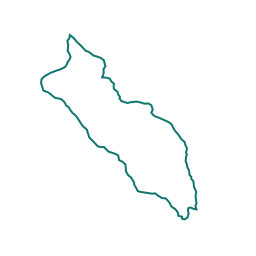 Oriente, São Paulo, Brazil (Equal Earth projection), rotated 299°
{"feature_id": "56859067B33537633003758", "entity_name": "Oriente", "entity_type": "district", "adm_level": 2, "iso_a3": "BRA", "parent_name": "Brazil", "parent_adm1": "São Paulo", "projection": "equal_earth", "projection_center": [-50.092, -22.144], "detail": "fine", "context": "isolated", "style": "outline", "palette": "teal", "viewbox_px": 256, "rotation_deg": 299, "n_neighbors": 0, "source": "geoboundaries", "source_scale": "gbopen_adm2", "svg_char_len": 2176}
<svg xmlns="http://www.w3.org/2000/svg" viewBox="0 0 256 256"><g transform="rotate(299 128 128)"><path d="M90.1,227.3L92.3,224.8L95.3,224.5L97.2,223.0L99.6,221.2L102.5,219.5L104.9,218.9L106.8,216.7L108.0,214.8L110.4,212.9L113.1,211.1L114.1,208.2L116.0,206.9L116.8,204.4L119.0,203.1L121.0,201.2L122.7,198.6L124.8,197.1L127.1,194.4L130.9,192.8L133.5,192.2L134.8,190.6L136.6,190.1L138.9,189.4L141.0,186.3L143.1,184.5L143.6,182.1L144.2,179.8L145.7,177.2L147.2,173.8L148.1,171.0L150.0,167.5L152.2,164.6L152.8,161.9L152.7,158.5L152.4,155.1L152.0,150.2L151.3,146.4L151.6,143.5L152.8,140.9L155.9,140.8L157.8,138.9L159.2,137.4L159.3,133.8L157.7,131.5L156.9,129.2L156.4,126.4L155.1,122.4L153.4,120.2L151.2,117.0L149.7,115.7L149.0,112.6L148.4,109.4L149.7,106.2L151.4,105.8L152.5,103.3L154.6,101.2L155.3,96.8L157.5,95.2L159.9,94.3L160.7,90.7L162.4,88.1L161.5,84.6L159.8,80.9L164.0,80.2L167.6,78.1L171.2,78.2L173.3,76.2L175.6,73.9L176.0,70.1L175.6,66.8L174.6,62.7L175.2,59.6L175.6,56.4L175.0,53.8L175.9,50.8L176.7,48.5L177.5,45.6L178.8,40.6L179.9,38.2L180.6,35.9L181.1,32.1L177.9,33.2L175.1,32.6L173.3,34.0L171.6,35.5L169.1,36.6L166.0,37.9L165.1,40.0L162.3,43.3L159.5,43.7L157.5,43.3L155.4,43.4L153.2,43.7L150.6,43.3L148.0,41.5L145.9,40.0L143.8,37.8L141.2,35.7L138.7,33.5L136.3,32.1L134.4,30.8L131.8,29.6L128.8,28.7L125.0,30.3L121.7,33.8L119.9,35.5L120.0,38.2L120.5,40.6L120.2,43.0L119.4,47.1L119.1,50.0L120.0,52.5L120.8,55.4L120.3,58.5L119.1,61.1L117.7,62.8L117.4,66.1L115.5,69.3L114.3,72.1L113.9,74.5L113.2,77.0L111.9,79.8L109.8,83.5L108.0,86.9L107.4,89.2L106.6,92.9L104.5,94.9L103.0,96.6L101.0,98.6L99.9,102.3L98.5,106.9L97.3,110.6L98.2,113.5L99.7,116.3L98.8,119.1L97.9,122.5L98.8,127.0L99.3,130.0L99.1,132.9L95.6,135.7L95.8,139.8L94.8,143.5L91.5,145.7L89.0,147.2L86.8,151.1L86.2,154.7L84.9,156.9L83.1,159.9L81.1,161.3L79.5,164.3L77.6,167.1L78.3,170.3L79.4,173.2L80.5,176.2L82.1,180.6L84.0,183.6L83.5,186.3L83.2,191.4L84.7,195.5L83.4,199.0L82.3,201.3L80.9,203.1L80.1,205.3L80.1,208.0L79.1,210.9L77.6,213.2L75.6,214.6L76.6,218.3L74.9,219.3L75.6,221.9L78.3,223.4L82.2,222.7L85.0,220.4L87.1,219.6L88.8,221.2L89.0,224.2L90.1,227.3Z" fill="none" stroke="#0f766e" stroke-width="2"/></g></svg>